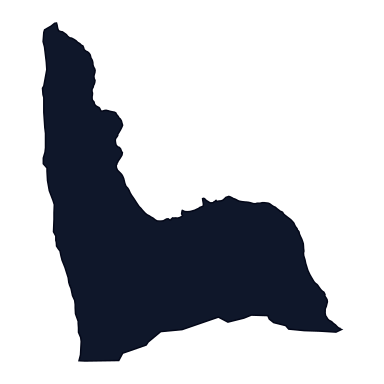 the district of Varisu, Shefa, Vanuatu
{"feature_id": "77236927B71259350499613", "entity_name": "Varisu", "entity_type": "district", "adm_level": 2, "iso_a3": "VUT", "parent_name": "Vanuatu", "parent_adm1": "Shefa", "projection": "orthographic", "projection_center": [168.263, -16.675], "detail": "fine", "context": "isolated", "style": "filled", "palette": "ink", "viewbox_px": 384, "rotation_deg": 0, "n_neighbors": 0, "source": "geoboundaries", "source_scale": "gbopen_adm2", "svg_char_len": 4829}
<svg xmlns="http://www.w3.org/2000/svg" viewBox="0 0 384 384"><path d="M341.5,329.5L340.3,329.0L339.9,328.3L339.2,328.2L338.9,328.1L338.2,327.6L337.5,327.0L336.4,325.9L335.5,324.9L334.5,324.2L333.2,323.2L331.7,321.7L330.3,320.9L329.6,320.7L328.6,319.9L327.7,319.0L326.7,317.3L325.6,315.7L325.1,312.9L325.1,312.7L325.2,311.0L325.2,309.1L325.5,308.2L326.3,306.3L326.8,304.1L327.4,301.8L327.1,299.8L327.1,299.7L326.3,298.2L325.3,296.7L324.8,295.9L325.0,294.5L324.5,293.4L323.8,292.1L322.8,291.5L321.6,290.5L320.4,289.1L318.9,287.0L317.6,285.1L316.7,284.2L315.5,283.4L314.2,282.0L313.3,280.6L312.2,278.7L311.4,277.4L309.7,274.4L308.6,272.0L307.9,270.5L307.3,268.6L306.6,266.3L305.7,263.4L305.0,259.9L304.3,257.6L303.7,255.6L303.5,253.0L303.9,251.1L303.7,249.3L303.6,248.6L303.5,246.6L303.3,243.8L302.9,242.4L302.5,241.2L301.8,239.2L300.5,236.5L299.4,234.0L299.0,231.9L298.1,230.6L297.3,229.9L297.2,228.9L296.6,228.0L295.7,226.9L294.9,225.5L293.8,223.0L292.5,221.5L290.8,219.7L289.4,218.6L287.1,216.9L286.9,216.7L284.7,215.0L283.4,213.8L282.7,212.4L281.7,211.7L280.5,211.4L279.1,210.3L277.1,208.8L275.3,207.2L273.8,206.6L272.3,205.7L270.7,204.5L269.6,203.7L268.6,203.3L268.3,203.2L267.1,203.0L265.9,202.9L264.4,202.7L262.2,202.7L260.1,203.2L259.0,203.2L257.1,203.2L255.7,203.7L253.7,203.7L252.3,203.3L250.3,202.7L248.5,202.3L246.7,202.1L245.8,202.0L244.9,202.0L243.7,201.8L243.1,201.8L240.5,201.4L238.8,201.0L237.9,200.6L236.3,199.7L234.6,198.9L233.3,198.7L233.0,198.3L231.9,197.7L230.3,196.9L228.8,196.4L227.4,196.9L226.0,197.3L223.9,199.3L222.5,200.4L222.1,200.5L220.7,200.9L219.1,201.0L217.5,201.3L216.9,201.3L216.6,201.3L216.0,200.4L215.7,200.6L215.2,201.3L214.2,201.6L213.3,202.6L212.1,202.8L210.4,202.9L208.9,202.1L208.0,201.5L206.2,200.4L204.8,198.9L203.8,198.3L202.6,198.6L202.7,199.9L203.1,202.2L203.4,204.2L203.2,205.8L203.1,206.2L202.1,206.6L201.0,207.0L199.7,207.5L198.5,208.5L197.0,209.1L194.8,210.2L192.7,210.8L192.4,210.9L190.1,211.5L187.5,211.7L185.5,211.6L184.4,211.4L183.2,210.8L182.3,210.4L182.1,210.8L181.9,211.9L181.6,213.9L182.6,215.6L182.3,215.9L182.1,216.2L180.6,217.1L179.3,217.7L177.5,218.1L177.3,218.1L175.8,217.9L174.3,218.0L173.2,218.0L172.5,217.9L171.7,218.8L171.2,219.1L170.8,219.9L170.1,220.1L169.1,219.5L168.2,218.8L166.5,219.0L164.9,219.9L163.4,220.8L161.7,221.0L160.7,221.1L159.0,221.1L158.4,221.0L157.0,220.9L155.1,219.8L153.2,218.2L151.0,217.0L149.2,215.8L147.0,214.7L145.1,213.1L142.5,210.3L140.7,208.1L139.2,206.7L137.5,204.2L136.5,202.7L135.8,201.6L134.0,198.8L131.5,195.2L130.1,192.8L129.0,190.2L127.8,188.2L126.0,186.3L124.8,183.2L124.2,180.6L123.7,178.6L122.7,176.2L121.7,174.5L120.7,173.4L119.3,172.0L117.5,170.2L116.5,167.9L116.2,165.6L116.6,164.5L116.9,164.2L117.0,163.2L117.5,162.5L118.2,161.0L119.0,159.8L120.1,158.2L121.2,156.4L122.0,155.0L122.4,152.6L121.5,151.4L121.2,150.5L121.1,150.3L120.6,148.9L119.3,147.4L117.6,146.8L117.4,146.5L116.2,145.2L115.7,143.5L115.3,140.8L115.5,138.7L116.5,137.4L117.7,135.6L117.9,134.0L118.8,132.7L120.6,129.6L121.8,127.2L122.6,125.2L122.0,123.2L121.4,120.9L120.3,119.0L119.0,117.9L118.2,116.4L117.0,115.0L116.8,114.8L116.1,113.6L115.8,112.9L114.5,112.2L112.4,111.8L110.0,111.3L108.4,110.8L106.2,110.3L104.8,110.4L102.1,111.2L101.1,111.0L100.3,109.7L99.8,108.5L99.0,107.5L97.7,106.9L96.0,105.9L94.8,104.6L94.3,103.4L94.1,102.1L93.5,101.3L92.5,100.3L92.1,98.5L92.1,96.6L92.4,95.0L92.5,93.1L92.0,91.2L92.1,89.1L92.6,88.2L93.2,87.1L93.5,85.5L94.3,84.0L94.8,82.1L95.0,80.3L94.2,78.6L93.9,76.2L94.2,74.8L94.9,72.4L95.1,70.3L94.7,68.8L93.8,67.3L93.0,65.1L92.8,62.3L92.3,60.3L90.9,57.8L90.4,55.6L90.0,54.5L88.8,52.9L87.6,51.9L86.0,51.2L84.2,49.7L83.5,47.3L83.0,46.3L82.8,45.8L81.5,45.3L79.8,43.6L77.6,42.3L76.0,40.7L74.0,39.4L71.6,38.1L70.8,38.0L70.2,37.9L69.6,37.8L67.6,36.2L66.4,34.6L64.3,33.1L62.4,31.8L60.8,31.6L58.8,30.8L58.0,29.4L57.5,27.5L57.1,25.1L56.5,23.0L54.6,23.3L51.1,26.1L44.6,29.8L43.8,32.3L43.1,41.6L44.5,46.9L46.3,62.1L46.8,69.6L45.3,77.8L43.8,86.0L42.5,88.2L43.0,94.7L43.8,97.5L43.8,101.2L43.8,104.9L43.8,112.2L44.8,127.4L45.5,133.4L45.5,135.9L45.5,147.8L45.0,152.3L43.3,158.0L43.3,163.8L47.0,168.0L47.0,171.3L47.5,180.5L49.3,190.7L53.0,200.4L54.3,204.6L54.0,212.6L54.0,219.3L53.5,231.8L55.8,236.0L55.8,238.3L55.8,240.3L56.3,242.3L56.5,245.0L56.5,246.0L58.3,248.8L60.0,251.0L61.0,256.0L61.8,259.0L62.0,260.0L65.0,267.5L66.3,271.7L68.2,277.7L68.8,282.4L69.7,285.4L71.0,288.4L72.5,295.6L74.7,300.4L75.2,304.6L75.2,307.8L75.5,313.8L78.2,321.3L78.2,323.3L78.5,327.8L78.5,332.3L80.7,337.5L81.2,341.5L80.5,354.9L79.0,360.7L85.0,361.0L118.8,360.5L122.8,353.0L123.3,353.0L146.2,345.0L148.2,342.0L160.7,331.6L182.1,329.6L218.4,317.1L227.9,322.1L243.9,318.1L251.3,315.1L267.8,315.6L269.3,319.1L273.7,322.6L285.7,325.6L288.7,329.1L299.1,330.1L304.1,330.6L319.6,331.1L336.0,332.1L341.5,329.5Z" fill="#0f172a" stroke="#020617" stroke-width="1.5"/></svg>